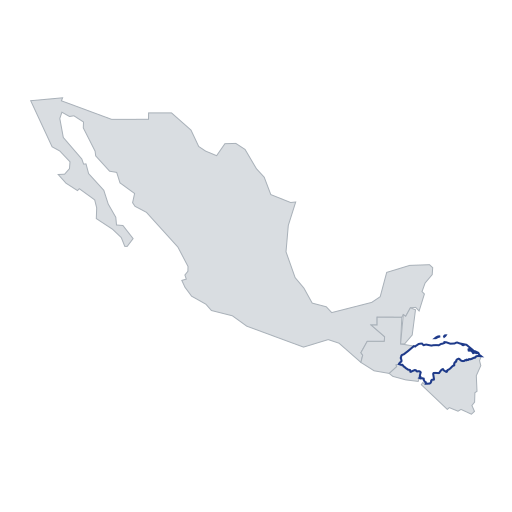 Honduras highlighted, Mercator projection
{"feature_id": "HND", "entity_name": "Honduras", "entity_type": "country or territory", "adm_level": 0, "iso_a3": "HND", "parent_name": "North America", "parent_adm1": "", "projection": "mercator", "projection_center": [-86.242, 14.747], "detail": "fine", "context": "with_neighbors", "style": "outline", "palette": "blue", "viewbox_px": 512, "rotation_deg": 0, "n_neighbors": 5, "source": "natural_earth", "source_scale": "50m", "svg_char_len": 4981}
<svg xmlns="http://www.w3.org/2000/svg" viewBox="0 0 512 512"><path d="M30.7,100.7L62.6,97.8L61.4,100.8L111.7,119.4L148.5,119.3L148.6,112.9L171.5,112.9L191.0,130.1L198.7,146.5L205.6,151.1L216.6,155.7L224.9,143.7L235.8,143.4L245.1,149.5L256.4,168.7L264.2,177.2L270.8,194.6L290.6,202.5L295.7,202.0L288.3,225.4L286.0,251.8L295.1,277.6L303.9,288.1L312.2,303.1L326.3,306.8L331.7,312.6L371.7,302.4L380.2,296.7L386.7,272.4L409.7,265.4L429.5,264.7L432.7,267.7L432.2,274.6L425.1,283.0L422.0,291.6L424.4,294.0L419.1,311.0L415.7,307.4L410.4,307.8L405.7,316.3L403.3,314.6L401.8,317.3L377.1,317.2L377.1,325.0L371.1,325.0L384.6,336.7L384.3,341.4L367.2,341.4L360.9,352.7L362.7,355.2L360.9,362.4L339.0,343.2L328.2,339.6L303.5,347.1L246.8,326.2L232.4,315.8L211.4,310.5L205.9,304.2L191.6,296.2L185.0,287.3L181.8,280.4L186.3,279.1L184.9,275.0L187.9,271.3L188.0,266.4L177.9,247.1L146.4,212.3L135.0,206.3L132.6,202.7L134.6,193.5L120.0,182.9L116.7,172.4L109.6,171.2L95.7,155.9L95.1,151.2L83.3,127.9L83.5,122.0L73.9,115.8L69.5,116.5L61.9,112.2L59.8,118.5L63.3,137.5L81.8,159.0L83.6,164.1L86.0,163.9L88.6,173.6L103.8,190.3L108.2,204.0L115.8,217.3L116.5,225.0L122.9,225.5L133.1,238.6L127.2,246.4L124.8,246.4L121.3,237.6L112.6,229.3L96.3,218.6L96.7,207.9L94.7,199.9L79.3,188.7L77.5,190.6L66.0,183.2L58.2,174.5L64.6,174.2L69.5,168.6L70.0,161.8L59.8,151.0L52.1,146.8L30.7,100.7Z" fill="#d9dde1" stroke="#a8b0b8" stroke-width="1"/><path d="M474.5,411.4L471.4,414.2L461.0,409.4L458.0,411.2L449.3,407.6L447.3,409.4L421.3,384.7L422.8,382.6L425.0,384.6L430.1,383.1L433.7,379.9L433.4,373.2L439.3,372.9L442.2,369.3L446.1,372.1L454.5,365.0L457.7,359.0L464.0,361.3L476.7,355.9L481.3,356.2L479.5,360.6L480.8,365.6L476.3,375.7L477.0,391.3L474.9,392.7L474.6,402.1L471.9,405.5L474.5,411.4Z" fill="#d9dde1" stroke="#a8b0b8" stroke-width="1"/><path d="M399.0,364.0L410.3,371.9L416.1,370.3L420.6,372.7L418.2,381.4L405.8,379.9L392.9,376.4L389.1,373.4L396.6,366.5L395.9,364.9L399.0,364.0Z" fill="#d9dde1" stroke="#a8b0b8" stroke-width="1"/><path d="M360.9,362.4L362.7,355.2L360.9,352.7L367.2,341.4L384.3,341.4L384.6,336.7L371.1,325.0L377.1,325.0L377.1,317.2L401.8,317.3L400.6,343.9L414.0,346.1L401.6,355.2L401.7,360.5L399.0,364.0L395.9,364.9L396.6,366.5L389.1,373.4L374.1,370.8L360.9,362.4Z" fill="#d9dde1" stroke="#a8b0b8" stroke-width="1"/><path d="M400.6,343.9L403.3,314.6L405.7,316.3L410.4,307.8L415.5,309.8L412.2,335.0L404.6,343.9L400.6,343.9Z" fill="#d9dde1" stroke="#a8b0b8" stroke-width="1"/><path d="M481.1,356.2L477.7,356.0L476.1,356.4L475.4,357.4L474.8,357.8L474.3,357.7L473.3,358.1L471.7,358.9L470.3,359.3L469.1,359.1L468.7,359.3L468.6,359.5L468.5,359.8L468.0,360.0L467.4,359.9L466.8,359.6L466.5,359.7L466.4,360.3L466.1,360.4L465.5,360.1L464.8,360.3L464.0,361.0L462.8,361.1L461.4,360.8L460.3,360.0L459.5,359.0L458.6,358.7L456.9,359.5L456.2,360.4L456.1,361.0L456.2,361.5L455.9,361.8L455.2,362.0L454.6,362.6L454.2,363.7L454.1,364.5L454.3,365.1L454.0,365.5L452.9,365.8L451.8,366.8L450.4,368.3L449.0,369.4L447.7,370.0L447.0,370.7L447.1,371.5L446.7,371.8L446.3,371.9L443.7,370.3L442.9,369.1L442.3,369.3L441.4,369.9L440.3,371.2L439.1,373.0L438.5,373.1L435.4,372.9L433.7,373.0L433.4,373.3L433.2,373.9L433.3,374.8L433.8,377.9L434.0,379.2L433.8,379.6L433.0,379.6L431.9,379.8L431.3,380.4L431.1,381.0L431.1,381.8L430.7,382.7L430.1,383.3L429.4,383.6L425.7,383.7L425.8,382.3L424.7,381.7L424.1,380.5L423.6,379.7L423.8,379.2L423.7,378.6L422.2,378.2L420.8,378.5L420.0,378.3L419.4,378.0L420.4,377.3L420.5,376.9L420.2,376.6L419.8,376.3L419.9,375.5L420.1,374.6L420.7,372.4L420.5,372.0L419.6,371.3L418.4,371.2L417.1,371.5L416.4,371.1L415.9,370.3L414.9,370.0L413.3,370.6L411.5,371.5L411.0,371.8L410.5,371.8L410.3,371.1L410.2,370.3L410.1,370.1L409.2,369.8L408.1,369.6L407.6,369.4L407.0,368.8L405.7,368.1L405.4,367.6L403.7,366.4L403.3,365.8L402.9,365.3L402.1,364.7L401.4,364.9L399.2,364.2L398.9,364.1L399.2,363.5L399.9,362.6L401.4,361.5L401.5,360.7L401.1,359.0L400.7,358.0L400.9,357.5L401.4,355.6L401.8,355.1L404.0,354.2L405.9,352.7L407.9,351.2L409.9,349.5L412.1,347.6L413.3,346.6L413.9,346.1L415.2,346.5L416.2,345.6L416.8,345.3L418.2,344.3L418.6,344.0L420.9,343.6L422.0,343.6L423.0,344.7L423.7,345.2L425.2,344.7L426.4,344.6L431.4,345.6L433.4,345.2L437.1,345.1L438.7,345.3L441.1,343.9L442.5,343.7L444.3,343.0L444.1,342.3L443.6,342.0L446.3,342.3L450.3,343.7L454.5,343.5L456.1,342.7L457.1,342.5L461.4,344.0L462.6,345.1L463.4,345.2L464.1,344.9L464.3,344.7L463.5,344.5L463.1,344.1L466.5,344.8L472.9,350.1L473.1,350.5L470.3,349.0L468.9,349.1L468.5,349.3L468.6,350.2L468.7,350.6L469.3,350.7L469.8,350.4L470.9,350.7L471.7,351.3L472.6,352.1L473.1,353.1L473.7,353.1L474.3,352.5L475.4,352.5L476.1,353.1L476.6,353.1L475.9,352.1L474.3,351.1L474.7,351.1L478.3,352.8L479.4,355.0L480.2,355.5L481.1,356.2ZM437.9,337.1L435.8,338.2L435.1,338.2L436.1,337.4L437.6,336.6L439.0,336.3L440.1,336.4L437.9,337.1ZM445.2,336.0L444.2,336.8L444.0,336.4L444.5,335.7L445.1,335.3L445.7,335.3L445.5,335.6L445.2,336.0Z" fill="none" stroke="#1e3a8a" stroke-width="2"/></svg>